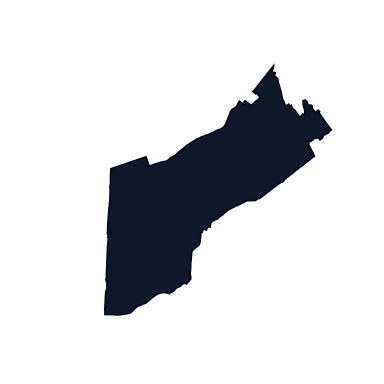 Scaesti, Dolj, Romania (orthographic projection), rotated 125°
{"feature_id": "2599482B9301238192844", "entity_name": "Scaesti", "entity_type": "district", "adm_level": 2, "iso_a3": "ROU", "parent_name": "Romania", "parent_adm1": "Dolj", "projection": "orthographic", "projection_center": [23.539, 44.461], "detail": "fine", "context": "isolated", "style": "filled", "palette": "ink", "viewbox_px": 384, "rotation_deg": 125, "n_neighbors": 0, "source": "geoboundaries", "source_scale": "gbopen_adm2", "svg_char_len": 5938}
<svg xmlns="http://www.w3.org/2000/svg" viewBox="0 0 384 384"><g transform="rotate(125 192 192)"><path d="M342.4,193.1L338.9,188.0L338.3,187.2L337.3,185.6L337.0,185.1L336.5,183.9L336.1,183.2L335.2,182.3L334.4,181.0L333.8,180.3L327.2,173.5L326.5,173.2L325.7,172.9L323.7,172.5L318.2,171.5L315.6,170.1L314.7,169.4L313.7,168.8L312.9,168.4L312.5,168.2L309.8,166.2L308.8,165.9L304.6,164.7L301.8,164.1L295.7,161.8L294.4,161.0L292.5,159.6L290.5,157.3L289.8,156.0L289.2,154.7L288.5,153.3L288.4,152.9L288.4,152.1L287.5,152.1L285.6,151.1L285.1,150.9L284.4,150.6L283.8,150.2L283.2,150.0L282.5,149.9L281.9,149.9L281.1,150.0L280.3,149.8L279.4,149.6L278.5,149.2L278.3,148.9L277.9,148.5L277.1,148.3L276.6,148.0L276.0,147.5L275.4,147.3L274.9,147.4L274.7,147.7L273.8,147.2L272.8,146.9L271.6,146.2L270.7,145.2L270.6,144.0L270.4,143.7L270.1,143.6L268.1,143.6L267.2,143.4L265.9,143.2L264.0,143.1L261.7,144.8L259.7,146.8L257.5,148.0L255.2,149.4L249.9,152.8L248.3,153.6L244.7,155.8L242.5,157.0L241.1,157.7L240.0,158.0L238.3,157.8L236.1,157.2L233.9,156.5L232.7,156.2L232.1,155.9L231.7,155.7L230.4,156.0L228.7,156.5L227.1,157.4L225.4,158.2L223.9,159.1L222.8,159.6L222.0,160.2L221.7,160.8L221.2,161.0L220.3,161.0L220.0,160.8L219.1,160.5L217.7,160.9L217.3,161.2L216.6,162.2L216.1,163.2L215.5,160.3L215.1,158.3L211.7,159.2L210.3,156.9L209.5,157.4L208.4,157.9L206.5,158.9L206.1,159.0L205.7,159.0L203.9,158.2L202.7,157.6L201.3,157.0L200.9,156.7L200.0,156.0L199.7,155.8L199.1,155.6L198.1,155.4L196.6,155.2L196.2,155.1L195.0,154.6L194.2,154.2L193.4,153.9L192.6,153.7L190.5,153.3L190.1,153.2L188.5,152.6L186.4,152.2L185.6,151.8L185.1,151.6L184.2,151.1L182.5,150.1L181.1,149.5L180.2,148.9L179.7,148.7L178.6,148.4L178.2,148.1L178.1,147.7L177.7,147.6L177.4,147.5L176.2,146.7L174.6,145.6L173.1,144.9L172.8,144.8L172.4,144.4L172.1,144.2L168.2,142.3L167.8,141.9L166.9,141.1L166.2,140.1L165.7,139.2L164.8,138.1L163.6,136.6L163.1,135.7L162.9,135.4L162.7,135.2L162.3,135.0L160.7,134.5L159.7,134.1L159.5,133.9L159.0,133.4L158.9,133.3L158.8,133.0L153.0,131.1L152.2,130.8L150.2,130.3L146.6,129.1L146.0,128.9L144.1,128.4L139.9,127.0L137.8,126.3L133.0,124.6L132.6,124.3L132.2,124.0L132.0,123.7L131.8,123.5L131.1,123.5L130.2,123.1L129.3,123.2L128.3,123.3L127.9,123.3L127.4,123.1L125.5,122.4L123.7,121.8L123.2,121.7L120.8,120.9L120.0,120.6L116.3,119.6L114.1,119.0L111.8,118.2L110.1,117.8L109.4,117.5L107.5,116.8L104.8,116.1L101.0,114.9L99.4,114.4L97.5,113.9L94.0,112.9L93.7,112.7L93.4,112.6L92.5,112.2L90.8,115.0L86.3,123.3L85.6,124.6L84.9,124.0L84.1,124.9L82.9,124.1L81.4,123.3L79.1,122.6L78.7,123.3L78.5,123.5L77.9,123.2L77.6,122.1L77.4,121.6L77.2,121.3L76.7,121.1L75.8,120.7L75.3,120.1L75.5,119.1L75.6,117.7L75.9,117.1L73.7,116.2L72.7,116.1L71.7,116.4L70.6,116.6L69.1,116.1L64.9,113.9L64.1,114.1L64.0,114.7L63.0,114.4L62.7,114.0L62.4,113.7L61.1,113.4L58.7,121.1L58.3,122.4L54.0,133.7L53.0,133.5L52.4,135.6L56.2,136.7L55.8,137.7L55.3,138.4L54.8,140.4L54.2,141.5L52.6,143.0L53.2,143.7L52.5,144.5L54.4,146.7L53.8,147.2L52.9,148.5L52.4,148.9L52.0,149.5L51.8,150.0L51.8,150.8L51.6,151.9L52.0,152.5L52.7,153.0L53.4,153.3L53.9,153.4L55.3,152.0L56.3,151.3L57.0,150.9L57.9,149.6L58.8,149.0L58.5,148.4L59.4,147.7L62.9,144.6L64.3,144.8L64.4,146.0L69.3,146.5L69.0,147.2L68.5,147.9L68.1,148.5L67.7,149.3L67.4,150.1L67.3,150.7L67.1,151.8L66.2,153.9L65.9,154.7L65.9,156.6L65.9,157.2L65.7,157.9L64.7,159.4L63.8,160.5L64.4,160.7L65.7,161.0L65.3,161.7L64.4,163.2L67.8,164.5L67.5,164.9L65.8,167.9L65.4,168.4L64.0,170.8L63.4,171.7L62.4,172.7L61.8,173.3L61.1,174.2L59.3,176.0L56.2,179.7L53.4,183.1L52.3,184.7L51.5,185.2L50.8,186.1L50.8,186.6L50.5,186.5L50.0,187.3L50.1,187.8L50.3,188.0L49.9,188.0L49.2,191.8L48.9,191.6L48.2,191.6L47.3,191.7L46.9,191.9L46.6,192.1L46.6,192.4L46.8,193.0L47.5,194.3L47.5,194.7L47.3,195.2L46.9,195.7L46.3,195.9L44.3,196.4L43.0,196.8L41.6,197.7L70.7,199.3L72.6,199.3L72.8,199.3L73.1,199.3L74.0,199.5L74.8,199.8L75.0,197.9L74.9,197.4L75.1,196.1L74.1,195.8L74.4,194.1L74.9,192.7L75.1,191.9L75.4,190.2L76.1,190.3L81.5,192.0L87.0,193.3L86.8,200.9L87.1,201.1L87.7,201.0L88.1,201.0L88.5,201.2L88.8,201.1L88.9,198.9L90.6,198.8L90.3,205.4L93.6,205.1L95.5,204.7L96.6,204.7L97.3,204.8L97.8,205.0L99.4,205.8L100.4,206.1L101.4,206.6L102.3,206.7L103.4,206.7L104.9,206.4L105.0,206.2L108.4,205.5L111.4,204.7L116.9,203.5L118.5,203.2L119.2,203.2L120.2,203.3L121.0,203.6L121.9,203.9L123.0,204.2L124.2,204.7L125.7,206.1L126.5,206.6L127.1,207.0L127.9,207.4L128.8,207.7L129.4,208.2L130.1,208.4L131.6,209.2L132.1,209.8L133.2,210.4L135.0,211.3L136.7,212.5L137.2,213.1L137.5,213.0L137.7,213.3L140.7,215.2L141.8,216.1L143.0,216.7L144.7,217.7L147.2,219.1L148.5,219.6L149.6,220.1L152.9,221.5L154.6,222.1L155.4,222.4L157.0,223.1L158.5,223.4L159.9,223.8L161.7,224.2L163.2,224.8L163.7,224.9L165.9,225.5L166.4,225.8L166.8,225.9L168.5,226.2L169.1,226.4L170.0,226.3L171.1,226.7L173.2,227.5L174.1,228.0L174.7,228.4L176.2,229.3L177.1,229.5L177.3,229.4L177.6,229.4L178.2,229.6L178.8,229.9L179.6,230.0L180.0,230.1L181.5,230.9L182.2,231.4L182.5,231.8L182.9,232.0L183.1,232.5L186.2,235.3L193.5,240.7L194.8,241.7L195.1,242.2L189.5,249.9L219.4,271.8L225.8,267.9L231.5,263.9L232.7,263.2L233.8,262.8L235.1,262.0L236.3,261.1L237.4,260.2L240.1,258.4L247.8,253.4L248.1,253.3L248.7,253.3L248.9,253.2L249.7,252.4L250.6,251.8L251.6,251.5L253.8,250.3L264.1,244.1L265.1,243.6L275.1,237.1L275.2,235.8L277.2,235.3L277.3,235.2L277.0,234.7L285.4,229.8L293.7,224.5L295.6,223.3L303.1,218.4L307.7,215.5L311.6,212.9L313.0,212.1L313.2,212.3L313.4,212.0L314.6,210.7L314.8,210.3L315.1,209.9L315.1,209.4L315.2,209.2L315.3,209.0L316.2,209.0L316.5,209.0L318.2,207.5L319.3,206.7L321.2,205.9L322.0,205.8L322.4,205.8L322.8,205.7L323.6,205.3L326.8,203.3L328.6,202.2L333.1,199.3L333.6,198.9L334.4,198.6L336.0,197.5L336.7,197.1L337.2,196.8L337.6,196.7L337.8,196.6L338.0,196.4L338.2,196.2L338.3,196.1L338.5,196.0L338.7,195.8L339.0,195.7L339.5,195.1L339.5,194.9L340.1,194.6L342.4,193.1Z" fill="#0f172a" stroke="#020617" stroke-width="1.5"/></g></svg>